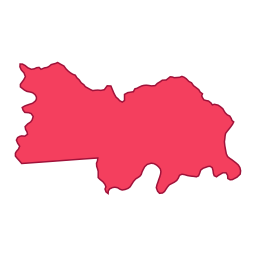 Antônio Prado, Rio Grande do Sul, Brazil
{"feature_id": "56859067B28853350190882", "entity_name": "Antônio Prado", "entity_type": "district", "adm_level": 2, "iso_a3": "BRA", "parent_name": "Brazil", "parent_adm1": "Rio Grande do Sul", "projection": "albers", "projection_center": [-51.31, -28.882], "detail": "fine", "context": "isolated", "style": "filled", "palette": "rose", "viewbox_px": 256, "rotation_deg": 0, "n_neighbors": 0, "source": "geoboundaries", "source_scale": "gbopen_adm2", "svg_char_len": 2985}
<svg xmlns="http://www.w3.org/2000/svg" viewBox="0 0 256 256"><path d="M222.8,108.7L220.4,106.7L218.0,105.1L214.4,104.3L212.3,104.9L211.0,103.0L208.5,101.0L206.0,100.5L203.9,99.9L202.6,97.9L201.7,95.9L202.5,93.8L200.2,92.1L198.7,89.6L195.8,87.4L193.5,85.7L191.5,82.8L188.8,81.4L186.2,78.7L184.2,77.3L181.9,76.4L179.7,77.3L177.1,77.5L174.3,77.7L172.3,77.0L170.2,76.8L166.2,80.0L162.3,80.2L160.0,81.8L157.3,83.4L155.2,85.6L151.5,85.9L148.3,85.4L146.3,85.2L143.8,85.4L141.8,85.9L139.0,87.2L137.0,88.3L134.9,88.8L133.4,91.7L130.4,92.2L127.8,92.6L124.5,94.4L124.5,97.6L124.5,100.5L122.3,102.1L119.7,100.7L118.0,98.8L116.0,97.1L114.7,94.8L113.7,92.8L112.5,89.9L110.9,86.0L107.2,85.8L104.3,89.7L100.9,90.4L97.9,90.1L95.0,90.3L92.7,90.6L90.3,89.5L87.1,87.7L85.3,86.7L83.9,84.8L81.2,82.8L79.1,79.8L76.8,77.7L75.3,75.2L72.8,74.3L70.5,72.9L68.3,71.2L66.0,68.9L63.9,66.0L60.2,64.0L57.6,62.5L55.7,63.4L53.3,64.0L51.2,64.6L49.2,66.3L47.2,67.4L44.4,67.9L41.0,69.3L39.1,67.4L36.6,67.7L34.3,68.8L31.3,69.3L27.9,67.8L25.1,65.5L22.5,64.1L20.1,64.0L19.9,66.8L21.2,69.8L24.0,72.9L25.4,76.7L23.6,80.0L22.1,82.0L20.4,84.3L20.4,86.9L24.3,90.0L26.9,91.4L30.2,92.0L32.6,92.7L35.0,94.5L36.4,96.9L36.4,99.3L35.1,101.3L32.5,103.3L29.1,104.4L26.8,105.2L24.7,106.0L22.2,107.5L23.1,110.2L24.8,112.4L28.8,112.7L31.2,113.6L33.2,116.5L32.1,120.0L30.6,122.0L27.7,123.9L25.1,126.6L25.6,129.5L27.0,131.8L27.5,134.3L24.8,136.2L21.7,135.9L19.7,136.4L17.6,137.6L16.4,140.1L17.7,143.3L19.7,146.2L18.4,149.2L16.5,151.3L15.4,153.2L15.4,156.1L17.0,158.1L19.6,161.0L21.7,163.5L52.0,161.3L80.2,159.2L97.8,158.0L97.5,160.8L96.5,163.2L96.7,166.4L97.5,168.7L98.2,171.3L98.2,174.6L98.2,177.6L100.0,179.4L103.0,181.8L105.0,184.4L105.9,186.9L105.0,189.0L106.0,191.9L108.1,193.5L108.3,190.9L109.7,188.9L112.4,187.6L114.8,187.2L117.6,187.7L120.1,189.3L122.2,190.0L125.1,189.5L128.0,188.4L130.1,186.8L131.6,184.4L133.5,181.4L135.7,178.9L137.7,177.7L139.9,176.2L141.2,174.5L142.1,171.8L143.2,169.5L144.7,166.7L147.2,164.4L151.2,163.2L154.0,163.6L156.7,165.1L158.6,166.8L160.3,168.9L160.9,171.5L160.6,174.0L159.7,177.1L158.7,179.8L157.9,182.3L157.0,184.7L156.3,187.7L157.6,191.2L159.5,193.3L162.5,193.0L164.5,191.5L165.9,189.3L167.5,186.9L169.3,184.8L171.2,183.8L174.3,182.2L176.7,180.5L178.3,178.1L179.5,175.3L182.0,174.2L184.8,174.7L187.3,175.5L189.5,175.9L191.6,176.2L193.9,176.4L196.4,176.8L198.5,175.9L199.6,173.3L200.7,170.1L203.2,168.2L205.5,167.4L208.0,166.5L210.1,166.3L212.2,167.6L213.0,170.5L213.4,173.4L214.2,175.7L216.5,176.8L218.5,175.3L222.8,172.8L226.0,172.8L227.6,175.3L227.8,178.5L230.1,179.8L232.4,179.6L234.5,178.5L237.0,177.2L240.2,174.1L240.6,170.8L239.9,167.6L238.3,165.0L236.2,163.1L234.4,161.7L231.8,159.7L229.8,158.4L227.6,156.6L226.3,153.8L225.5,149.6L224.8,145.6L224.4,141.7L224.8,138.8L225.1,135.8L225.6,133.4L227.2,131.2L229.1,128.9L230.5,127.1L232.5,124.3L233.7,121.9L232.0,120.5L231.2,118.4L229.8,116.1L227.2,114.8L225.2,112.8L224.0,110.9L222.8,108.7Z" fill="#f43f5e" stroke="#9f1239" stroke-width="1.5"/></svg>